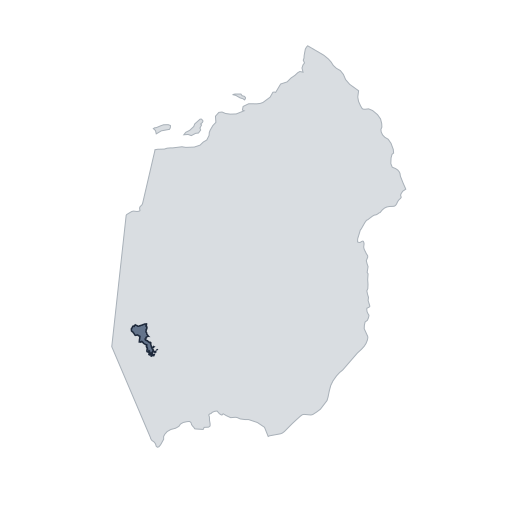 Bunda, Mara, United Republic of Tanzania shown in context, rotated 247°
{"feature_id": "72390352B35806479810351", "entity_name": "Bunda", "entity_type": "district", "adm_level": 2, "iso_a3": "TZA", "parent_name": "United Republic of Tanzania", "parent_adm1": "Mara", "projection": "orthographic", "projection_center": [33.643, -2.036], "detail": "fine", "context": "in_parent", "style": "filled", "palette": "slate", "viewbox_px": 512, "rotation_deg": 247, "n_neighbors": 0, "source": "geoboundaries", "source_scale": "gbopen_adm2", "svg_char_len": 8384}
<svg xmlns="http://www.w3.org/2000/svg" viewBox="0 0 512 512"><g transform="rotate(247 256 256)"><path d="M195.8,352.2L190.7,349.6L186.1,348.0L182.3,346.2L180.6,344.4L177.1,343.7L174.0,343.4L171.2,341.8L165.3,341.2L164.7,340.1L164.6,337.7L163.6,337.1L161.4,336.5L159.2,336.5L157.8,336.8L157.0,336.7L155.1,335.3L153.3,333.4L152.6,330.6L149.9,328.7L146.8,327.2L138.3,327.4L137.0,327.0L134.9,325.5L132.5,323.1L130.6,320.3L128.9,316.6L127.1,311.5L117.2,291.3L116.1,287.5L114.2,283.3L111.0,278.1L107.6,274.2L103.1,270.7L98.0,267.2L95.2,264.9L89.8,255.4L88.7,250.9L87.9,246.3L88.2,244.4L91.4,238.4L91.8,236.8L91.3,234.5L89.7,229.8L87.6,224.0L83.3,213.5L82.7,210.9L82.8,208.9L85.2,198.2L85.1,196.7L95.0,196.9L102.2,192.2L108.4,185.2L109.6,182.2L112.2,177.8L114.7,175.5L115.6,174.0L117.1,169.5L120.4,166.5L123.6,164.1L122.9,162.5L123.4,161.9L125.1,160.7L128.5,159.6L129.2,157.2L129.2,154.6L128.6,153.1L128.7,151.4L128.2,150.4L126.0,150.2L122.6,148.9L119.8,148.3L118.0,147.6L117.3,147.0L117.0,145.4L118.5,141.3L117.0,139.6L120.4,132.8L121.0,132.0L122.3,131.9L124.2,131.2L126.1,130.8L127.6,131.1L128.7,130.8L129.7,130.1L130.5,127.7L131.2,123.9L130.8,120.8L129.3,118.4L128.9,114.7L129.6,109.7L129.1,105.6L127.5,102.3L125.9,100.4L123.4,99.4L119.5,94.4L118.3,92.0L118.5,90.5L119.9,89.8L122.4,90.1L124.7,89.5L126.9,88.1L129.0,87.7L130.1,87.9L228.9,87.8L344.2,152.4L344.7,153.2L345.5,158.8L345.3,160.6L343.5,163.8L343.0,165.5L343.0,166.7L343.4,167.1L344.9,167.3L346.2,168.0L346.7,168.6L347.7,171.1L348.9,172.3L392.4,204.0L393.3,204.5L392.7,207.1L390.2,213.5L390.0,216.2L389.0,219.4L388.1,221.4L385.5,230.5L383.4,233.8L380.4,241.7L379.9,247.8L381.5,252.0L382.0,256.0L385.3,259.9L388.0,261.3L389.8,263.1L392.9,267.2L394.7,271.3L400.5,273.3L402.7,277.9L401.8,281.0L399.1,283.6L396.6,287.8L394.5,293.3L394.3,301.8L395.7,300.5L398.7,302.6L399.0,308.8L395.8,316.1L394.8,319.5L394.6,322.4L396.7,331.1L400.1,335.5L399.8,336.9L398.9,338.0L404.7,345.9L404.1,352.6L406.2,357.9L407.1,362.5L408.4,366.0L408.7,368.5L406.8,371.1L411.1,371.8L413.6,374.0L414.7,376.1L417.8,376.0L419.4,377.5L421.8,378.7L427.1,382.2L428.5,384.0L429.3,385.7L414.4,396.8L409.1,399.6L405.3,400.9L401.2,401.6L397.4,403.3L393.7,406.1L389.0,407.4L383.4,407.4L377.4,409.3L368.0,415.0L362.6,411.8L358.3,410.8L353.4,410.9L350.4,411.3L349.3,412.0L348.4,413.9L347.5,417.1L344.3,420.2L338.6,423.1L333.4,424.2L328.6,423.4L325.4,422.2L323.8,420.5L321.3,419.7L318.0,419.8L314.9,421.0L311.8,423.3L307.0,424.3L300.5,424.0L297.0,422.9L296.5,421.0L293.6,418.7L288.4,416.2L284.5,416.1L282.0,418.6L279.7,420.1L277.6,420.7L275.8,420.8L273.1,420.1L265.8,419.9L259.0,420.0L258.3,416.4L256.9,414.2L255.6,412.9L253.3,412.6L252.6,411.6L251.8,409.4L250.6,407.5L249.1,405.9L248.2,404.5L247.8,403.1L248.1,401.7L249.5,398.0L250.0,395.5L249.9,392.9L249.1,390.3L247.5,387.2L247.6,386.3L247.1,384.1L247.0,382.6L247.4,380.8L247.1,378.3L245.7,373.0L245.7,371.7L244.2,369.2L239.6,363.2L239.4,362.4L232.1,356.3L229.3,355.0L228.2,356.1L227.8,357.2L228.1,359.1L228.0,360.1L227.6,360.5L225.9,360.5L224.9,360.2L222.1,358.6L220.0,358.2L214.7,358.5L212.8,358.9L211.4,358.5L208.6,355.7L205.3,355.2L202.4,355.0L197.5,351.9L195.8,352.2ZM401.5,251.2L403.8,257.9L403.5,259.1L401.8,259.9L400.9,259.9L399.9,258.9L399.1,256.6L397.9,257.1L395.7,254.4L393.6,254.3L391.7,251.1L392.5,248.3L392.1,243.5L394.4,241.0L395.8,236.9L397.3,239.7L397.6,244.1L399.5,249.3L401.5,251.2ZM413.4,211.3L413.6,212.9L413.1,214.4L413.1,219.1L412.9,222.3L411.1,226.6L409.6,228.2L408.3,227.7L407.3,227.0L406.4,225.8L408.2,217.8L407.4,211.9L410.7,212.5L413.4,211.3ZM407.4,307.8L405.8,308.2L405.1,307.8L404.1,306.5L405.9,305.4L407.7,303.2L411.8,300.1L413.7,297.5L413.3,300.0L411.0,305.4L409.0,305.8L407.4,307.8Z" fill="#d9dde1" stroke="#a8b0b8" stroke-width="1"/><path d="M237.3,112.6L236.7,112.5L236.0,112.2L235.7,112.1L235.2,112.3L234.9,112.4L234.4,112.9L233.8,113.0L233.5,113.0L233.1,113.2L232.5,113.4L230.9,113.6L230.2,113.8L229.9,114.3L229.8,115.3L229.6,116.2L229.3,116.3L229.1,116.5L228.8,116.5L228.4,116.8L228.1,117.1L227.7,117.6L227.4,117.8L227.1,117.5L226.7,117.4L226.5,117.2L226.4,117.2L226.1,117.1L225.9,116.9L225.7,116.7L225.2,116.6L224.9,116.4L224.6,116.1L224.4,115.9L223.9,115.7L223.6,115.6L222.6,115.0L222.3,115.9L222.2,115.9L221.9,115.8L221.8,116.1L221.7,117.1L221.8,117.1L221.7,117.4L221.9,117.6L221.3,118.0L221.0,117.9L220.9,118.0L220.6,118.1L220.5,118.3L220.3,118.4L219.9,118.3L219.4,118.5L218.9,118.9L218.7,119.0L218.5,119.3L218.2,119.4L217.9,119.5L217.6,119.7L217.5,119.9L217.4,119.9L217.3,120.0L217.1,120.5L217.0,120.4L216.9,120.4L216.8,120.5L216.7,120.6L216.3,120.5L216.2,120.4L216.0,120.2L215.8,120.1L215.6,120.0L215.4,119.7L215.2,119.8L215.0,120.0L214.9,120.0L214.6,120.1L214.5,119.7L214.4,119.7L213.8,119.8L213.6,120.0L213.3,120.0L213.2,119.9L213.1,119.6L212.9,119.5L212.6,119.5L212.4,119.4L212.3,119.2L212.2,118.9L211.7,118.7L211.2,118.4L210.5,118.3L210.3,118.5L210.1,118.6L210.0,119.2L210.1,119.7L210.4,120.0L210.5,120.1L210.6,120.3L210.8,120.5L210.6,120.6L210.4,120.7L210.1,120.6L209.9,120.8L209.5,120.4L209.4,120.2L209.1,120.1L209.0,119.8L208.8,119.6L208.6,119.7L208.6,119.9L208.4,119.8L208.2,120.1L208.4,120.6L207.8,120.7L207.6,120.5L207.5,120.0L207.4,120.0L207.4,119.6L207.3,119.4L207.4,119.1L207.2,118.9L207.0,119.0L206.9,119.1L207.1,119.3L206.7,119.2L206.6,119.3L206.8,119.6L206.9,119.8L207.1,119.9L207.1,119.5L207.3,119.5L207.3,119.9L207.2,120.3L207.5,121.0L207.7,121.5L207.4,121.6L207.2,121.2L206.9,120.9L206.6,120.6L206.3,120.7L206.2,120.6L206.0,121.0L205.8,120.9L205.6,121.0L205.2,120.8L205.2,120.6L205.0,120.3L204.9,120.3L204.7,120.4L204.7,120.8L205.0,121.0L205.4,121.5L205.1,121.7L205.2,121.8L204.9,121.9L204.8,122.0L204.7,122.0L204.5,122.4L204.5,122.6L204.4,122.7L204.7,122.8L204.8,123.1L204.6,123.3L204.7,123.7L205.0,123.9L205.0,123.4L205.1,123.1L205.4,122.8L205.9,122.4L206.2,122.3L206.3,122.4L206.6,122.3L207.0,122.7L207.1,122.8L207.3,122.7L207.6,122.6L207.7,122.8L207.7,123.0L207.9,123.1L208.2,123.2L208.2,123.3L208.4,123.4L208.6,123.6L209.0,124.3L209.0,124.6L209.3,124.7L209.7,124.5L210.0,124.4L210.3,124.7L211.0,124.2L211.4,124.1L212.0,124.2L212.3,124.2L212.6,124.2L213.4,124.2L214.1,124.4L214.4,124.4L215.0,124.5L216.0,124.6L216.4,124.7L216.6,124.9L216.7,125.0L217.0,124.8L217.2,125.1L217.3,125.2L217.5,125.0L217.8,125.0L217.9,124.3L218.2,123.9L218.5,123.7L218.9,123.8L219.2,123.5L219.3,123.4L219.4,123.5L219.5,123.4L219.9,123.0L220.1,123.0L220.3,122.9L220.5,122.9L220.9,122.1L221.4,121.7L221.7,121.7L221.9,121.4L222.1,121.4L222.3,121.4L222.6,121.4L223.0,121.5L223.2,121.9L223.3,121.8L223.2,121.9L223.3,121.9L223.2,121.9L223.2,122.2L223.4,122.8L223.7,122.7L223.9,122.9L224.1,123.0L224.2,123.3L224.2,124.2L224.4,124.8L224.4,125.1L224.2,125.5L224.4,125.4L224.5,125.4L224.7,125.5L224.9,125.5L225.0,125.5L225.2,125.4L225.3,125.4L225.7,125.3L226.4,125.0L226.6,124.9L227.3,125.1L227.5,125.2L227.8,125.3L228.0,125.3L228.3,125.3L228.6,125.1L229.2,125.0L229.5,125.2L229.7,125.4L229.8,125.4L229.9,125.5L230.0,125.5L230.5,125.9L230.7,126.0L231.0,126.0L231.2,126.3L231.3,126.3L231.5,126.7L231.5,126.8L231.8,126.9L231.9,127.0L232.1,127.2L232.3,127.5L232.7,127.4L232.8,127.5L233.0,127.7L233.3,127.8L233.6,127.8L233.7,127.7L233.8,127.7L234.1,127.5L234.0,127.4L234.1,127.5L234.3,127.3L234.5,127.3L234.9,127.5L234.9,127.4L234.9,127.5L235.1,127.6L235.1,127.9L235.1,128.0L235.5,128.1L235.8,128.5L236.1,128.6L236.3,128.7L236.5,128.3L236.5,128.0L236.6,127.6L236.9,126.9L236.8,126.3L237.0,125.4L236.9,124.5L236.8,123.9L237.0,123.6L237.1,123.4L237.1,122.5L237.0,122.2L237.3,121.4L237.1,120.9L237.2,120.6L237.3,120.2L237.4,119.9L237.7,119.6L237.8,119.6L238.0,119.5L238.2,119.4L238.4,119.3L238.5,119.1L238.7,118.9L238.9,118.7L239.1,118.5L239.5,118.3L239.4,118.2L239.4,117.8L239.5,117.6L239.7,117.3L239.7,117.2L239.3,116.8L239.2,116.6L238.9,116.5L238.8,116.4L239.0,116.2L239.2,115.7L239.5,115.5L239.5,115.4L239.4,115.0L239.2,114.8L238.3,114.1L238.2,113.6L238.0,113.1L237.6,112.8L237.3,112.6ZM207.7,124.8L207.5,124.7L207.4,124.7L207.2,125.0L207.2,125.3L207.0,125.2L206.9,125.3L206.7,125.4L206.7,125.5L206.6,125.8L206.4,125.8L206.6,125.9L206.6,126.0L207.1,126.3L207.2,126.2L207.4,126.2L207.5,126.0L207.6,125.7L207.6,125.4L207.7,125.2L207.7,124.8ZM212.4,125.6L212.5,126.1L212.6,125.9L212.5,125.7L212.4,125.6ZM212.1,125.9L211.9,125.9L211.9,126.0L212.2,126.0L212.1,125.9ZM208.5,128.2L208.5,128.3L208.7,128.2L208.6,128.3L208.5,128.2Z" fill="#64748b" stroke="#1e293b" stroke-width="1.5"/></g></svg>